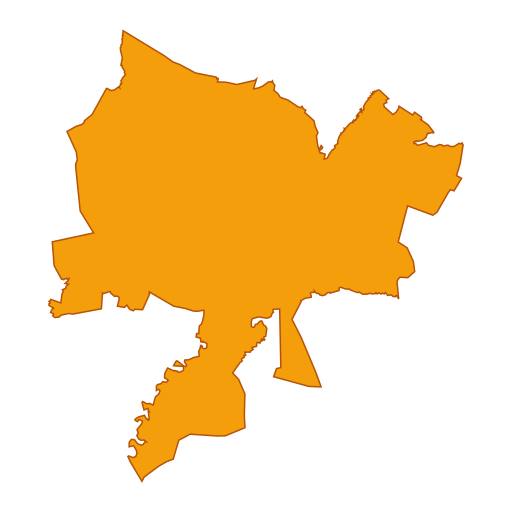 Ayala, Morelos, Mexico
{"feature_id": "50627088B86852114099424", "entity_name": "Ayala", "entity_type": "district", "adm_level": 2, "iso_a3": "MEX", "parent_name": "Mexico", "parent_adm1": "Morelos", "projection": "orthographic", "projection_center": [-98.965, 18.698], "detail": "fine", "context": "isolated", "style": "filled", "palette": "amber", "viewbox_px": 512, "rotation_deg": 0, "n_neighbors": 0, "source": "geoboundaries", "source_scale": "gbopen_adm2", "svg_char_len": 6009}
<svg xmlns="http://www.w3.org/2000/svg" viewBox="0 0 512 512"><path d="M379.3,90.0L377.2,90.3L376.0,91.5L375.0,91.0L374.8,91.8L373.0,91.7L372.8,92.7L373.6,93.3L372.4,94.5L371.5,93.8L371.8,94.8L370.3,95.8L370.7,97.3L369.0,97.5L368.9,98.8L368.2,98.5L368.0,100.0L366.4,101.5L363.9,105.8L363.5,107.3L364.0,109.2L363.3,110.2L362.2,110.8L361.3,108.5L360.0,109.4L361.5,112.3L360.1,111.7L357.5,114.5L359.2,116.6L357.0,115.4L356.7,116.4L355.9,116.1L357.6,117.7L355.5,119.5L355.6,120.4L354.5,120.7L353.9,120.0L353.4,121.6L352.8,121.2L352.4,122.0L352.7,122.7L351.1,122.7L349.1,124.2L345.3,128.7L344.2,128.3L344.6,130.5L343.6,130.6L342.8,132.4L340.9,133.1L341.2,134.3L340.1,134.9L338.9,137.4L337.7,141.2L337.8,143.5L334.5,145.8L335.3,147.3L333.6,149.4L332.3,149.9L329.1,154.3L327.4,158.1L324.2,159.1L325.1,154.1L320.5,152.6L320.2,153.0L319.3,150.5L321.5,149.2L322.7,147.4L321.1,145.6L319.0,149.7L317.7,145.2L316.4,135.8L318.0,132.7L315.1,126.1L314.0,120.8L304.6,112.3L305.8,110.2L303.3,108.7L302.1,106.3L300.4,107.6L298.3,107.0L287.9,100.0L280.3,97.3L278.0,93.8L273.9,90.3L274.8,85.2L272.9,82.9L272.5,80.8L270.9,82.2L269.7,81.6L268.0,82.2L263.0,85.9L259.0,87.8L254.1,88.8L253.5,88.8L256.5,79.0L255.0,80.3L236.8,84.5L226.0,82.2L217.4,81.9L218.3,78.7L217.8,78.2L216.8,78.8L216.2,77.1L195.3,72.9L179.7,64.5L172.8,61.9L164.4,55.8L123.1,30.7L122.7,34.6L123.1,35.5L122.4,35.9L122.6,38.1L121.9,39.1L122.4,41.9L122.0,44.1L121.1,44.7L121.1,47.0L120.4,47.4L120.4,49.9L122.3,57.9L120.9,65.3L122.1,65.4L122.0,66.9L124.6,71.1L124.4,72.7L125.4,74.9L123.1,77.2L120.9,81.0L122.0,84.0L121.2,83.3L120.4,83.9L120.4,85.2L119.0,86.9L119.5,87.8L118.3,87.1L114.2,90.1L110.8,90.5L107.0,88.3L106.3,88.7L92.1,114.5L84.6,120.6L83.8,122.9L81.8,124.4L75.6,126.6L67.0,131.5L76.3,152.0L77.3,159.8L75.6,164.4L75.8,168.1L80.2,211.0L93.6,232.9L52.3,241.8L54.1,265.6L61.5,279.2L62.8,279.1L63.4,279.7L66.3,278.3L67.1,279.2L69.0,278.4L68.5,280.3L65.0,283.5L68.5,284.2L66.1,286.3L65.6,288.4L62.4,289.7L63.3,291.2L61.9,294.5L60.8,302.9L50.8,299.4L50.5,300.4L49.0,301.3L50.3,302.8L49.0,303.7L48.9,304.5L49.1,305.6L53.6,308.1L52.1,309.1L50.5,312.5L53.3,313.7L53.7,314.2L52.7,315.8L54.9,317.6L59.2,317.0L60.9,315.2L68.6,313.5L72.7,314.1L101.4,308.8L102.5,292.9L103.4,293.6L110.0,291.5L110.9,293.2L114.5,296.4L117.1,296.1L119.0,297.3L119.3,298.7L117.4,306.2L124.5,307.4L126.9,305.1L129.6,309.3L133.3,310.8L134.7,309.3L142.6,309.7L149.4,294.5L149.3,291.9L173.8,306.2L184.9,308.4L193.2,311.0L197.4,311.3L203.7,310.2L204.0,314.1L202.5,321.4L201.2,324.3L199.3,326.0L198.7,333.6L196.6,333.5L196.1,337.0L200.4,338.2L200.8,341.8L202.7,342.2L202.8,341.4L207.0,343.7L206.6,347.9L205.1,348.6L202.9,348.4L201.9,347.1L202.4,346.6L201.5,345.4L200.6,345.4L200.3,347.7L198.6,351.7L199.4,356.2L193.7,357.5L188.6,359.8L184.8,360.0L184.4,361.8L186.6,365.2L185.9,366.6L183.8,366.0L178.0,361.4L176.9,360.8L176.0,361.3L173.5,365.7L183.4,366.5L183.6,369.9L182.1,371.1L179.9,372.2L177.6,372.0L177.6,371.2L174.2,370.5L174.0,371.0L167.7,368.0L164.9,373.1L164.5,377.3L164.9,378.4L166.1,378.6L168.2,380.4L166.3,382.4L162.9,381.6L160.9,383.7L157.5,384.6L156.4,386.0L156.4,390.5L158.2,389.3L159.8,390.4L159.8,391.6L158.6,394.2L155.4,396.9L153.2,405.0L149.2,403.3L147.1,404.0L142.8,401.5L142.0,402.4L144.0,410.0L147.9,408.4L148.4,409.4L148.1,410.7L149.2,411.6L148.3,411.6L149.2,419.5L148.2,420.3L147.2,418.8L146.2,418.6L144.5,415.3L138.3,417.0L135.0,419.3L135.3,420.5L137.6,421.6L139.1,419.5L142.4,421.1L141.9,423.4L137.0,429.7L138.3,433.1L136.8,435.5L138.6,438.9L140.9,440.3L144.0,440.0L146.3,441.9L145.0,441.9L142.7,444.9L141.4,445.0L138.9,444.4L136.9,442.9L134.6,439.8L131.9,439.3L130.9,439.9L129.2,442.4L129.1,446.8L133.6,445.8L136.2,450.1L137.0,453.0L135.9,456.2L134.2,457.3L132.5,457.4L128.6,455.9L127.9,456.5L130.4,462.0L141.9,481.3L144.3,476.9L158.5,466.3L166.7,461.6L173.2,459.2L178.8,440.2L190.1,434.2L217.7,436.0L225.4,435.8L245.0,427.7L244.3,415.9L244.9,393.9L238.6,379.3L232.6,373.0L240.0,362.6L242.3,360.9L241.5,359.4L242.2,358.2L244.0,357.7L244.5,356.4L244.0,355.7L245.6,354.8L246.3,355.5L245.1,354.1L244.8,352.2L250.3,352.1L250.8,350.9L253.2,349.5L251.8,347.7L252.2,347.4L256.5,346.4L256.9,342.7L257.6,342.3L259.9,343.2L260.3,341.7L262.7,340.4L261.4,339.6L261.8,339.0L264.4,340.1L264.8,339.6L263.8,338.6L264.0,336.9L265.7,336.3L266.8,328.4L265.7,326.3L263.4,324.7L262.0,321.1L261.3,320.8L259.5,321.6L257.4,324.0L255.5,324.4L254.2,327.4L251.4,326.8L251.3,321.7L252.2,318.7L258.7,316.9L266.7,318.2L268.7,317.7L270.9,316.6L272.4,313.0L273.5,312.3L272.8,310.1L273.5,309.2L279.7,309.0L280.8,367.6L276.5,368.6L273.6,376.7L308.8,386.4L321.1,386.9L316.0,372.8L301.1,337.3L292.0,319.4L301.2,301.6L300.8,300.7L305.7,298.1L311.0,297.4L311.4,296.6L310.4,293.1L311.4,292.3L313.8,292.5L314.6,292.0L314.4,290.9L316.6,293.4L319.5,293.8L319.7,294.8L322.4,295.7L325.4,294.8L326.9,293.1L329.2,292.3L330.4,292.6L330.3,293.1L339.1,290.5L339.2,287.8L340.7,287.2L345.2,288.9L349.7,289.2L350.7,290.1L356.6,292.3L358.3,292.6L359.0,292.0L362.6,294.2L367.1,294.2L369.7,293.3L372.0,293.9L376.1,293.6L375.4,293.2L376.0,292.7L377.2,293.9L379.0,292.8L380.3,293.8L381.7,293.9L382.5,293.1L384.2,293.9L385.4,292.6L387.6,295.4L391.4,294.9L393.0,296.5L395.5,296.7L395.8,295.7L396.7,295.6L398.7,299.0L397.0,281.6L397.7,279.9L399.8,277.2L407.8,277.7L414.7,271.5L413.4,261.6L407.2,247.9L398.2,242.0L407.6,205.9L432.9,215.2L437.0,212.2L448.5,192.2L450.5,189.6L454.0,190.9L461.6,178.3L456.5,175.6L460.2,163.5L463.1,145.0L462.1,142.9L460.8,143.9L459.1,143.3L454.2,146.4L450.2,146.5L448.0,145.1L443.3,146.1L441.8,144.9L439.5,144.5L434.4,146.7L428.4,145.3L426.4,142.8L418.5,145.2L416.6,144.7L415.7,143.3L414.1,143.6L413.7,142.2L416.5,140.7L417.1,141.5L422.6,140.3L426.0,137.5L427.5,133.2L428.8,133.5L432.3,132.3L433.0,133.0L433.7,132.8L433.5,131.9L428.0,124.7L420.6,119.6L421.7,119.0L421.3,117.0L414.6,112.2L412.7,115.0L399.0,106.2L398.5,108.6L395.9,112.4L392.9,114.5L384.4,107.0L383.9,105.4L383.7,104.2L384.4,103.5L386.8,102.6L386.2,100.0L388.7,98.7L379.3,90.0Z" fill="#f59e0b" stroke="#b45309" stroke-width="1.5"/></svg>